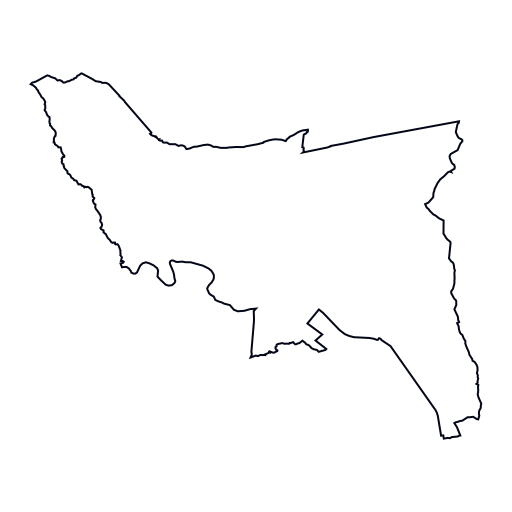 the district of Berca, Buzau, Romania
{"feature_id": "2599482B72560030145158", "entity_name": "Berca", "entity_type": "district", "adm_level": 2, "iso_a3": "ROU", "parent_name": "Romania", "parent_adm1": "Buzau", "projection": "robinson", "projection_center": [26.655, 45.298], "detail": "fine", "context": "isolated", "style": "outline", "palette": "ink", "viewbox_px": 512, "rotation_deg": 0, "n_neighbors": 0, "source": "geoboundaries", "source_scale": "gbopen_adm2", "svg_char_len": 5968}
<svg xmlns="http://www.w3.org/2000/svg" viewBox="0 0 512 512"><path d="M477.7,382.5L477.5,381.4L478.2,378.4L477.7,377.4L477.8,375.2L476.9,373.1L477.5,370.8L477.5,367.7L477.2,366.3L476.6,364.9L474.6,361.9L472.6,360.8L472.1,358.9L469.4,354.7L468.8,352.1L466.2,346.2L465.3,343.4L465.4,341.1L463.8,338.6L462.3,334.9L460.5,333.5L459.8,332.1L459.0,329.6L458.6,326.2L457.1,323.1L459.1,322.1L458.2,320.1L457.9,316.8L454.4,309.3L456.3,304.9L456.2,301.1L455.9,300.3L454.1,298.5L451.2,293.1L451.2,291.4L453.0,288.8L454.4,283.5L454.4,280.5L454.6,278.8L454.4,272.6L454.9,270.3L454.3,269.0L453.7,264.3L452.9,262.6L451.2,261.4L449.0,258.4L450.6,242.8L450.1,241.7L447.6,239.6L446.3,238.2L443.5,233.6L443.6,220.5L439.2,218.4L435.6,215.6L433.3,214.4L430.0,211.1L428.4,208.9L426.7,207.6L425.1,204.1L428.1,202.8L428.9,202.1L433.2,197.2L433.5,192.9L434.4,190.4L434.5,189.3L437.6,183.0L440.3,179.3L444.1,176.2L448.0,172.2L449.9,171.5L451.1,172.0L450.6,171.1L454.5,168.7L454.8,167.0L454.2,164.9L452.8,164.0L451.7,162.7L449.8,158.2L449.6,156.5L449.7,155.8L450.7,154.0L457.6,150.1L460.2,143.9L462.4,141.1L462.3,140.1L461.7,139.4L459.2,138.2L458.4,137.5L457.4,135.9L455.8,132.1L457.2,125.4L457.7,123.9L458.8,122.7L459.0,121.3L373.5,137.1L343.7,143.6L330.5,146.0L330.5,146.4L327.3,147.5L302.9,152.5L304.1,151.4L303.4,149.9L303.8,148.5L303.5,147.5L302.3,147.2L303.7,135.1L304.1,134.3L305.7,133.7L306.5,133.0L306.6,132.2L307.9,131.6L307.9,129.7L302.3,130.5L298.4,132.0L293.5,135.1L289.5,136.8L289.4,137.3L286.9,139.2L285.8,141.1L281.4,139.7L275.7,139.3L273.2,139.5L269.0,140.3L263.7,142.0L263.4,142.7L257.7,144.2L245.5,146.4L243.7,147.1L236.1,147.0L228.3,147.5L227.0,147.9L220.9,147.9L216.1,146.8L213.9,146.9L212.5,146.5L211.2,145.5L207.8,144.6L203.4,145.1L196.9,146.6L193.7,146.8L189.4,148.6L186.4,149.1L184.7,146.4L182.7,145.5L181.0,145.3L178.5,145.9L175.3,144.2L169.5,144.2L167.0,142.6L163.5,142.6L162.8,142.2L162.1,140.6L160.3,140.7L159.1,140.2L159.4,139.3L158.7,139.4L157.3,138.4L156.3,136.8L155.7,137.0L155.5,136.4L154.9,136.6L154.2,136.1L152.3,135.6L150.8,134.6L150.1,133.8L151.2,133.1L151.4,132.6L124.9,102.0L124.2,100.7L119.3,96.1L119.4,95.7L108.9,84.4L106.7,83.1L105.1,82.8L102.2,82.9L100.9,82.0L95.7,81.2L91.9,78.8L81.7,73.4L81.1,73.5L78.8,75.2L77.3,75.8L76.2,77.7L74.1,78.4L73.8,79.1L73.4,79.4L71.9,79.7L68.8,81.3L67.8,81.2L65.0,82.5L63.1,82.5L62.1,81.3L59.9,80.1L57.5,80.5L55.2,78.3L51.3,77.1L49.2,75.9L47.2,75.4L36.1,81.5L32.1,82.7L30.7,84.2L33.3,85.4L35.9,87.7L36.7,89.2L38.1,90.6L38.4,91.9L40.3,94.7L41.5,97.0L43.4,98.6L44.9,101.2L45.3,102.2L44.6,104.3L45.2,105.1L45.3,108.6L44.6,109.9L44.7,110.3L46.0,112.0L47.1,114.9L48.5,116.6L49.5,117.1L49.7,119.2L49.4,121.7L49.6,123.1L50.2,123.8L50.0,125.4L51.4,126.5L52.0,127.8L54.6,130.4L55.7,132.4L55.7,134.9L55.2,135.7L55.4,136.0L54.3,137.2L53.8,139.4L54.0,140.7L53.7,141.2L54.0,141.9L53.8,142.4L54.5,142.5L55.0,144.3L57.7,146.2L58.4,147.3L60.6,147.3L61.3,149.7L61.3,151.1L63.1,154.4L64.4,155.8L64.2,156.9L62.6,157.1L62.4,158.0L61.6,158.6L62.1,160.7L61.6,161.9L62.2,163.5L63.5,164.2L63.6,165.8L64.0,166.2L63.9,167.0L64.5,168.3L67.4,171.3L67.5,173.1L68.2,173.8L69.8,174.5L70.9,176.3L71.3,177.5L73.5,179.0L74.2,180.2L76.4,180.7L78.4,184.3L78.9,184.5L80.0,184.1L81.4,184.9L82.2,185.9L83.7,186.2L84.3,187.4L85.3,186.8L86.3,187.2L87.4,186.8L88.3,187.0L91.6,189.7L92.3,194.3L92.8,195.0L92.6,196.6L94.3,198.1L93.5,199.8L92.9,200.0L92.8,200.6L93.9,203.5L95.5,204.4L95.2,207.3L96.1,209.4L97.2,210.4L97.6,211.3L99.4,213.6L99.5,214.2L100.2,214.9L100.9,217.2L100.6,219.5L100.1,220.3L100.6,221.8L101.7,223.1L102.1,224.9L101.6,226.6L100.4,227.9L101.0,229.1L103.5,230.4L103.7,230.9L103.4,232.1L104.8,233.5L105.7,233.9L107.7,237.9L109.6,239.7L111.4,242.3L112.8,242.9L113.6,242.5L115.0,242.6L115.1,244.0L115.5,244.4L117.4,244.2L118.1,244.9L118.9,246.3L120.5,250.7L120.3,251.9L120.6,253.5L120.3,255.1L121.9,257.3L120.9,261.0L122.6,261.0L123.7,261.8L123.0,262.8L120.5,263.5L122.0,267.3L124.6,266.9L126.7,267.0L128.9,268.5L130.7,270.9L131.4,272.7L133.5,273.6L135.4,273.6L137.0,272.4L140.2,265.7L142.5,263.4L145.9,262.3L149.3,263.3L153.5,265.3L157.1,268.2L158.1,270.5L157.5,276.6L160.7,280.0L165.7,284.7L168.5,285.6L171.9,285.2L174.5,283.0L175.3,281.2L174.4,278.0L174.0,274.5L173.3,271.9L170.1,264.2L169.8,262.6L170.1,261.5L171.0,260.8L172.1,260.4L173.7,260.7L175.6,261.7L177.4,262.0L182.2,261.6L185.2,262.2L190.8,262.3L203.0,265.7L208.6,268.5L211.3,270.7L212.8,273.0L213.8,274.9L213.9,277.5L213.4,279.6L211.4,282.7L209.0,285.1L207.5,287.6L207.2,289.0L209.1,293.3L210.4,294.6L213.8,296.6L215.3,299.9L218.2,301.3L222.2,302.6L224.0,303.6L229.9,305.1L233.9,309.8L237.9,311.3L244.3,310.8L249.9,309.2L256.0,308.6L253.7,311.1L254.0,318.2L253.9,321.9L251.4,351.6L251.8,354.6L250.6,357.5L255.7,355.6L257.9,356.1L260.4,355.0L264.7,355.1L264.4,354.7L268.5,353.0L268.9,352.1L270.0,352.5L269.9,351.5L273.1,352.7L274.7,352.5L275.5,351.8L277.1,351.2L277.5,350.7L277.3,350.3L276.4,349.8L275.5,348.5L275.6,346.8L276.5,346.4L276.7,344.6L278.4,343.9L282.4,343.1L284.6,343.8L286.6,343.6L288.8,343.8L289.6,342.9L290.4,343.2L293.1,342.1L295.0,344.2L295.7,344.4L297.9,343.4L299.4,343.1L302.4,340.7L305.0,342.6L306.2,344.2L308.6,345.1L310.6,346.9L310.8,347.5L312.4,348.6L313.9,349.3L316.8,349.9L318.7,351.8L325.3,350.0L326.3,349.0L315.5,340.5L322.3,334.5L307.4,323.5L318.9,309.5L323.0,312.8L339.5,330.0L344.8,334.1L349.3,336.0L354.0,337.2L369.6,338.0L374.0,338.8L377.0,339.9L377.9,339.8L379.0,338.2L380.6,338.8L381.4,340.0L390.5,346.1L435.6,410.2L436.8,412.6L437.8,415.8L441.1,435.7L443.3,435.4L443.8,438.6L447.8,437.9L449.9,438.2L451.8,437.1L457.6,436.5L459.5,435.6L460.3,435.5L456.9,427.0L454.3,423.1L455.7,422.3L457.8,421.9L459.6,421.1L462.2,420.7L467.7,417.2L469.5,417.3L473.2,416.8L476.8,419.1L478.2,419.4L479.3,415.7L478.9,414.1L479.0,411.6L479.6,409.9L480.6,408.3L480.9,406.5L480.8,405.2L481.3,403.7L478.5,397.4L477.8,394.8L477.7,393.8L478.1,392.5L478.2,389.8L478.0,387.2L478.3,384.9L476.5,383.9L477.2,383.4L477.7,382.5Z" fill="none" stroke="#020617" stroke-width="2"/></svg>